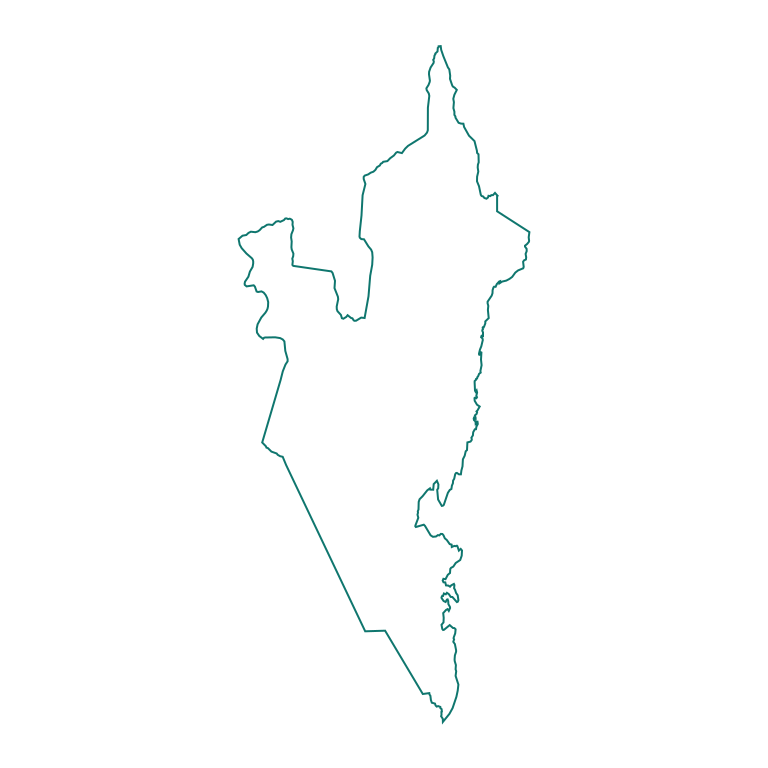 the district of Turkana East, Rift Valley, Kenya
{"feature_id": "3690345B18632189504967", "entity_name": "Turkana East", "entity_type": "district", "adm_level": 2, "iso_a3": "KEN", "parent_name": "Kenya", "parent_adm1": "Rift Valley", "projection": "equal_earth", "projection_center": [36.31, 1.871], "detail": "fine", "context": "isolated", "style": "outline", "palette": "teal", "viewbox_px": 768, "rotation_deg": 0, "n_neighbors": 0, "source": "geoboundaries", "source_scale": "gbopen_adm2", "svg_char_len": 6092}
<svg xmlns="http://www.w3.org/2000/svg" viewBox="0 0 768 768"><path d="M440.7,46.1L438.6,46.3L438.5,47.3L437.8,47.9L437.5,51.5L435.3,53.5L435.4,54.1L434.5,55.5L434.1,58.5L433.2,59.9L433.8,61.3L433.6,62.9L430.6,67.5L429.1,71.8L429.0,74.3L429.9,80.6L429.7,81.9L428.5,85.0L426.4,88.3L426.7,90.1L428.8,93.5L429.3,95.9L427.9,107.7L427.8,130.3L427.0,132.6L424.6,135.5L408.1,145.8L405.2,148.6L401.9,153.1L397.4,152.0L396.1,152.7L393.9,155.5L390.2,158.2L387.4,161.1L383.2,161.8L382.2,163.0L380.8,163.7L379.8,165.5L377.0,167.2L375.4,169.9L373.4,171.7L370.7,172.7L368.2,174.4L364.7,175.6L363.7,176.9L363.7,179.0L365.4,184.0L362.6,195.2L361.5,215.5L359.8,231.2L359.5,236.5L359.8,237.7L361.3,239.1L364.0,239.3L368.4,246.4L371.1,249.6L372.2,252.2L372.6,257.4L372.2,264.8L370.2,275.8L368.5,296.3L364.6,318.0L361.2,317.6L356.1,320.7L354.6,320.8L353.7,320.4L352.4,318.3L351.1,318.0L347.6,315.2L346.3,316.9L343.4,318.7L341.9,318.2L340.9,314.9L337.5,311.2L336.8,309.2L336.7,306.5L338.2,299.2L337.9,296.7L334.5,288.1L335.0,280.8L332.6,273.0L331.4,271.4L293.4,265.9L292.7,265.4L292.4,264.8L292.8,261.2L292.3,258.7L293.2,256.2L293.4,253.6L291.7,249.4L291.4,247.2L291.7,241.4L291.1,237.5L291.4,234.2L292.9,230.5L293.4,228.3L292.5,224.8L292.7,221.9L292.0,220.0L291.4,219.5L289.8,218.7L288.1,219.1L286.6,218.4L285.3,218.5L283.9,220.1L280.3,221.8L278.3,221.1L276.1,221.6L272.5,225.0L268.9,224.5L267.0,224.8L263.9,226.9L262.2,227.4L259.6,230.2L257.7,231.5L255.3,232.2L250.9,231.7L248.5,232.9L246.3,235.0L242.5,235.7L238.6,239.0L239.7,244.7L241.7,248.2L246.4,253.5L251.8,258.2L252.8,259.6L253.2,261.3L253.2,263.4L252.6,266.9L249.9,271.6L248.4,276.7L245.0,281.7L244.6,283.8L244.8,284.9L246.6,286.4L253.7,285.3L254.9,286.6L256.6,291.5L258.0,292.0L261.5,291.4L263.7,292.6L265.7,295.1L267.2,298.2L268.2,302.1L268.0,306.5L267.5,308.8L266.7,310.6L265.4,312.7L261.3,317.5L257.6,324.3L256.7,328.6L257.0,332.6L259.3,336.0L263.1,338.9L264.0,337.8L265.0,337.5L275.1,337.3L280.2,338.1L282.8,339.5L284.4,341.4L285.3,350.9L287.6,359.1L287.6,361.3L285.5,364.5L282.8,371.3L280.6,380.0L262.2,442.5L266.0,446.4L266.4,447.6L267.9,448.1L271.4,451.6L276.7,453.5L277.7,454.8L280.1,456.2L282.7,456.8L286.1,465.0L365.2,631.3L385.1,630.7L422.8,694.0L429.3,693.1L429.5,694.5L430.4,695.8L430.9,700.0L431.8,702.7L435.0,703.6L435.6,705.5L436.7,706.6L438.1,706.1L440.3,706.9L440.4,708.1L441.6,709.1L441.9,711.6L441.4,711.9L441.5,715.0L441.1,716.2L442.8,718.8L442.9,721.9L449.4,713.9L452.6,708.1L456.4,696.8L457.7,690.7L458.4,684.6L455.6,675.9L456.2,671.2L455.6,669.3L455.9,665.1L454.7,661.0L454.6,659.3L454.9,655.4L456.1,651.7L456.1,650.2L454.9,644.1L453.3,641.8L454.1,639.3L453.6,638.5L453.7,637.5L455.2,633.4L455.6,629.3L454.4,628.1L453.0,628.0L449.7,625.1L444.0,629.8L443.1,630.0L442.3,629.0L441.5,624.8L443.5,622.4L443.7,617.8L443.2,613.1L446.1,609.9L447.6,609.1L448.8,610.9L450.1,608.0L449.9,606.8L448.4,604.2L448.2,601.0L447.6,599.4L446.9,599.6L445.6,602.0L443.6,601.0L441.6,598.1L441.5,597.3L442.3,595.8L443.1,595.9L443.9,593.5L445.8,594.3L446.9,592.8L448.9,594.2L450.7,596.9L452.4,597.0L456.9,602.1L457.8,601.7L458.4,600.2L457.7,595.3L456.1,593.0L455.0,589.7L454.1,588.3L454.4,585.0L453.9,583.9L451.3,585.3L450.0,586.7L448.4,585.6L446.0,585.4L445.3,582.4L443.5,582.3L442.7,580.6L443.4,578.8L445.5,579.2L447.8,574.8L450.0,573.0L450.3,568.9L451.1,567.8L453.3,566.6L455.7,563.0L460.2,560.0L461.7,555.7L462.0,550.5L460.7,548.9L458.9,550.6L457.4,546.2L456.9,545.7L455.3,546.2L454.3,545.9L451.8,547.0L451.6,544.6L449.7,544.1L446.8,540.0L444.8,538.3L443.5,535.3L442.4,534.0L440.8,533.9L439.3,535.4L437.9,535.1L436.0,536.5L432.9,536.8L430.6,535.3L425.0,525.9L423.8,524.7L415.8,527.0L415.3,526.3L415.4,525.5L418.3,517.8L417.5,514.7L418.0,512.7L417.8,511.3L418.5,509.5L418.7,501.9L419.6,499.2L422.6,496.2L427.3,490.3L429.9,488.4L430.2,489.6L433.2,489.7L433.7,484.1L436.9,480.8L438.4,484.4L438.2,488.3L437.2,489.8L438.1,499.5L441.8,505.9L442.9,505.7L443.8,504.9L447.9,492.8L449.8,489.9L451.4,489.0L451.9,485.6L452.9,483.3L453.1,480.6L454.2,478.8L455.2,474.2L456.1,473.0L456.9,472.9L458.9,474.3L460.9,474.3L461.4,470.5L462.5,466.4L462.9,459.3L464.7,455.7L465.7,451.3L467.0,450.1L467.4,442.4L470.5,441.6L471.6,440.2L471.8,439.3L471.4,437.7L472.9,435.4L473.2,432.2L474.8,429.3L476.0,429.2L476.4,426.7L477.8,424.0L477.5,421.7L477.2,421.7L476.6,423.7L475.7,424.2L475.5,421.5L474.0,420.1L473.7,418.5L474.0,417.7L475.6,418.8L475.6,417.8L474.9,415.4L476.6,413.9L477.1,412.2L476.5,411.4L477.5,410.4L479.7,406.5L477.0,404.7L474.7,400.8L474.5,398.1L475.0,397.7L476.4,398.2L477.0,397.2L476.3,395.9L477.1,392.5L476.6,390.4L475.6,391.8L475.0,390.7L474.6,382.0L474.7,381.0L475.9,379.9L476.1,378.9L477.1,378.5L477.3,377.2L478.1,376.3L479.1,373.8L480.7,372.6L480.4,371.0L481.6,365.2L481.0,359.6L481.4,352.5L481.0,352.3L480.3,354.5L479.6,354.8L479.1,354.6L479.0,353.6L480.0,349.5L481.3,346.3L482.8,340.0L482.5,338.5L481.1,337.2L481.5,335.9L481.9,335.6L482.4,335.7L483.0,337.1L483.0,332.3L482.3,330.9L482.3,330.1L482.9,329.5L482.7,327.5L483.1,327.1L483.7,327.3L484.2,326.3L485.3,323.4L485.3,321.4L488.7,318.1L487.9,309.9L488.3,305.9L487.6,303.3L487.6,301.7L491.7,295.6L492.5,293.2L492.6,290.1L493.5,287.4L494.1,286.7L495.6,286.8L496.8,284.1L499.2,281.5L500.0,281.2L499.7,283.2L502.1,281.6L506.3,280.6L509.5,278.9L512.2,276.9L515.3,272.6L518.1,270.4L523.2,268.3L523.7,266.9L523.1,261.8L524.0,260.4L525.9,259.5L526.2,257.3L525.6,253.9L526.7,251.1L526.6,248.8L525.0,246.6L525.0,245.7L527.1,244.0L528.9,241.8L529.1,240.9L528.7,237.3L529.4,232.1L497.1,211.3L497.1,195.7L497.4,195.6L495.0,192.9L493.0,195.1L491.3,195.1L490.4,196.1L488.5,195.8L488.0,197.5L486.5,198.7L484.4,198.0L483.2,196.5L481.6,196.0L480.8,194.8L479.0,186.2L477.0,181.3L477.1,176.7L478.3,171.6L477.7,167.5L477.9,164.7L478.7,162.3L478.5,154.3L477.1,152.9L476.9,150.7L474.5,141.1L469.0,135.7L464.1,127.0L463.4,123.7L461.0,123.6L458.6,122.8L455.5,117.7L455.4,116.4L454.4,114.9L454.4,111.7L453.4,108.1L453.9,102.2L453.3,98.8L454.4,94.7L456.8,89.9L454.7,87.7L452.8,86.5L452.1,85.1L450.0,78.9L450.2,75.7L449.3,69.4L447.9,67.4L443.4,56.3L441.2,49.9L440.7,46.1Z" fill="none" stroke="#0f766e" stroke-width="2"/></svg>